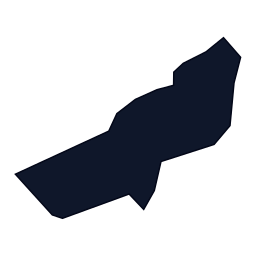 the Municipality of Carnikavas
{"feature_id": "LVA-5758", "entity_name": "Carnikavas", "entity_type": "Municipality", "adm_level": 1, "iso_a3": "LVA", "parent_name": "Latvia", "parent_adm1": "", "projection": "natural_earth1", "projection_center": [24.253, 57.126], "detail": "fine", "context": "isolated", "style": "filled", "palette": "ink", "viewbox_px": 256, "rotation_deg": 0, "n_neighbors": 0, "source": "natural_earth", "source_scale": "10m", "svg_char_len": 371}
<svg xmlns="http://www.w3.org/2000/svg" viewBox="0 0 256 256"><path d="M15.4,174.2L108.8,131.1L116.9,113.6L135.4,99.4L157.0,89.7L173.6,85.3L173.8,72.1L183.3,63.3L206.1,51.8L223.5,37.7L240.6,57.3L234.0,82.9L230.0,125.6L214.1,144.4L161.0,161.5L154.3,190.6L143.7,209.4L129.1,194.0L62.5,218.3L52.3,214.9L15.4,174.2Z" fill="#0f172a" stroke="#020617" stroke-width="1.5"/></svg>